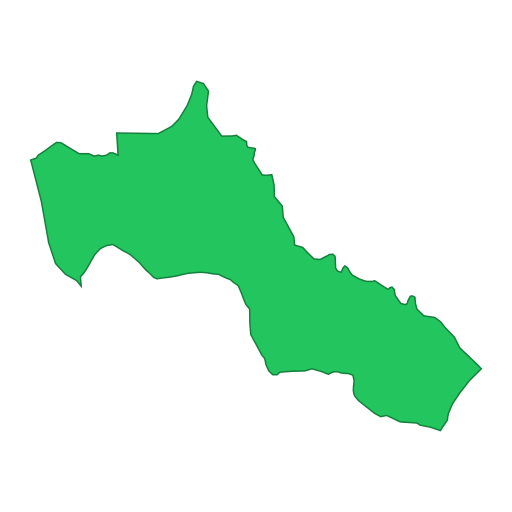 Carnot, Mambéré-Kadéï, Central African Republic (Natural Earth projection)
{"feature_id": "33826404B21992681295318", "entity_name": "Carnot", "entity_type": "district", "adm_level": 2, "iso_a3": "CAF", "parent_name": "Central African Republic", "parent_adm1": "Mambéré-Kadéï", "projection": "natural_earth1", "projection_center": [16.19, 4.73], "detail": "fine", "context": "isolated", "style": "filled", "palette": "green", "viewbox_px": 512, "rotation_deg": 0, "n_neighbors": 0, "source": "geoboundaries", "source_scale": "gbopen_adm2", "svg_char_len": 2609}
<svg xmlns="http://www.w3.org/2000/svg" viewBox="0 0 512 512"><path d="M440.4,430.6L443.9,425.1L447.4,420.1L447.8,416.3L448.4,413.6L452.4,403.9L459.8,392.9L469.6,380.4L481.3,368.8L477.3,364.6L459.8,347.9L454.4,337.2L444.5,326.9L440.8,322.0L434.8,317.5L423.8,315.8L417.0,309.2L415.5,303.7L415.0,298.2L414.9,297.2L412.5,296.0L411.7,295.9L410.3,296.3L410.0,296.8L408.9,298.9L407.8,301.2L407.4,303.0L406.6,304.1L405.0,304.5L403.8,304.3L400.8,303.4L395.3,295.7L394.5,291.7L394.5,289.7L392.0,287.1L391.4,287.2L389.8,287.7L388.9,288.8L387.6,289.2L374.6,280.7L372.7,281.4L367.0,281.4L364.5,280.9L362.4,280.1L359.3,279.0L354.9,276.5L352.3,275.1L349.9,271.9L347.5,267.7L344.9,265.9L343.6,267.2L342.8,268.3L341.4,272.1L340.3,272.1L337.2,270.8L335.6,267.9L335.2,257.0L334.5,255.6L332.7,254.2L329.3,254.6L327.7,255.6L324.4,257.2L320.1,259.5L314.0,258.9L307.7,252.9L302.8,247.5L294.7,245.1L293.8,236.8L283.2,217.2L282.3,206.1L274.4,196.7L274.1,185.1L271.8,174.7L269.1,175.0L265.9,175.3L262.2,174.9L254.7,163.3L252.8,159.6L254.2,155.2L254.4,152.6L255.4,149.6L255.3,148.7L254.1,148.3L251.3,147.9L247.7,147.2L246.8,145.3L246.5,141.5L242.8,139.6L236.4,135.3L232.2,136.0L221.7,136.1L215.9,128.2L207.8,117.3L206.6,105.7L208.5,91.1L206.6,88.3L203.3,83.5L196.6,81.4L193.5,86.3L191.7,94.4L187.1,105.7L178.9,119.1L171.6,126.5L158.2,133.6L116.7,133.0L118.1,155.1L112.9,152.9L109.8,152.9L106.8,155.1L102.2,156.1L98.3,155.1L94.6,156.1L91.9,155.1L88.8,153.7L87.0,153.7L79.1,153.7L77.3,152.6L69.1,147.7L60.9,142.7L56.6,142.4L51.1,146.2L45.3,150.5L38.3,155.1L36.2,158.2L30.7,160.0L41.4,201.6L48.7,242.8L55.6,263.6L65.4,274.2L76.6,280.6L81.2,286.2L80.4,276.8L84.1,272.7L86.8,268.5L94.8,254.5L100.3,248.6L106.1,245.7L112.7,244.5L116.8,246.8L119.9,248.8L123.6,251.1L127.0,252.7L130.3,254.7L135.3,259.0L139.4,262.6L143.1,266.9L146.4,270.5L149.4,273.0L153.8,277.5L157.1,278.8L160.7,278.2L169.0,277.2L177.0,275.9L183.2,274.3L187.7,273.4L194.3,272.7L201.2,272.3L206.6,272.7L213.4,273.9L218.5,274.3L223.8,277.0L227.5,278.6L230.2,279.5L234.1,282.9L237.0,284.7L238.4,286.0L241.3,292.8L243.6,298.9L245.8,304.3L249.7,309.1L249.9,323.7L250.8,334.6L256.9,345.8L261.7,354.9L264.7,358.5L266.0,364.6L268.8,370.9L272.8,374.7L277.1,374.7L279.9,372.2L291.2,371.3L304.8,370.9L312.0,368.8L322.3,371.8L328.4,374.3L331.3,372.7L334.0,371.8L338.1,371.8L340.8,372.9L345.3,373.4L348.8,373.6L352.9,375.2L354.1,380.6L353.5,386.9L353.3,390.3L353.9,394.1L355.2,396.6L358.6,400.7L374.5,413.3L380.8,416.7L384.5,415.8L386.8,415.5L391.7,417.8L396.4,420.1L400.3,421.9L416.8,423.0L420.3,425.2L430.1,427.1L440.4,430.6Z" fill="#22c55e" stroke="#15803d" stroke-width="1.5"/></svg>